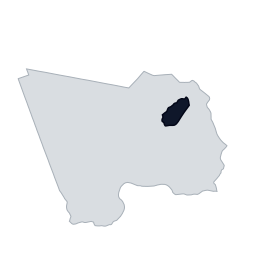 Wadi al Hayaa highlighted on a map of Libya, rotated 161°
{"feature_id": "LBY-5488", "entity_name": "Wadi al Hayaa", "entity_type": "Municipality", "adm_level": 1, "iso_a3": "LBY", "parent_name": "Libya", "parent_adm1": "", "projection": "robinson", "projection_center": [12.828, 26.42], "detail": "fine", "context": "in_parent", "style": "filled", "palette": "ink", "viewbox_px": 256, "rotation_deg": 161, "n_neighbors": 0, "source": "natural_earth", "source_scale": "10m", "svg_char_len": 3500}
<svg xmlns="http://www.w3.org/2000/svg" viewBox="0 0 256 256"><g transform="rotate(161 128 128)"><path d="M42.5,77.5L43.8,76.8L45.7,76.0L46.6,75.4L47.0,74.9L48.5,72.9L49.2,71.8L50.2,70.3L50.6,69.2L50.7,68.2L50.5,67.0L49.8,64.2L49.2,61.4L49.7,60.4L50.1,59.9L50.9,58.6L51.3,58.3L53.1,57.9L53.9,57.0L54.5,56.0L54.6,55.4L55.4,54.8L56.4,54.2L57.0,53.4L59.0,52.2L60.8,51.1L62.8,50.0L64.4,49.1L64.8,48.3L64.8,47.7L63.9,46.1L63.9,44.3L64.0,42.8L64.1,41.9L64.5,39.5L64.5,39.1L66.1,39.9L67.8,40.3L72.9,43.3L74.5,43.7L78.1,44.1L82.3,42.8L83.9,42.6L86.6,43.8L87.8,44.1L89.9,44.2L93.4,45.2L94.3,45.6L96.3,47.3L97.3,47.8L104.5,49.4L105.5,50.4L106.6,52.4L106.6,54.8L107.2,56.6L108.1,58.9L109.2,60.6L110.4,61.9L111.8,62.8L115.0,64.0L118.6,64.5L122.3,64.7L128.5,66.4L133.8,68.4L135.1,69.4L137.8,70.4L143.1,75.0L146.1,76.7L148.2,77.0L150.0,76.7L153.3,75.1L154.6,74.1L157.8,70.0L158.8,67.9L159.2,66.4L159.1,64.9L158.7,63.6L157.7,62.1L157.0,60.2L156.6,56.8L157.0,54.5L157.6,53.1L158.6,51.6L161.3,48.9L163.9,46.9L168.7,44.4L171.5,44.4L172.6,44.1L174.9,42.3L175.8,42.2L177.1,42.7L180.9,42.5L182.6,43.0L184.6,44.2L187.2,44.8L189.0,45.5L190.9,46.4L191.4,48.6L191.2,49.3L191.2,50.2L193.2,51.7L198.8,52.4L199.9,52.8L201.5,54.0L202.5,54.3L206.3,54.5L208.5,54.3L210.7,54.7L211.5,55.1L212.3,56.0L213.4,58.2L213.8,59.0L213.4,59.3L212.8,60.1L212.5,60.8L211.5,61.9L210.7,63.1L210.9,64.9L211.1,66.7L211.8,68.4L212.3,70.4L212.2,71.6L211.9,73.2L211.4,74.5L209.8,77.2L209.6,77.8L209.7,78.7L210.9,81.9L211.0,82.9L211.7,86.0L212.3,88.6L212.9,90.5L213.1,91.1L213.1,94.0L213.2,96.9L213.3,99.8L213.4,102.7L213.5,105.7L213.5,108.6L213.6,111.5L213.7,114.4L213.8,117.3L213.9,120.2L213.9,123.2L214.0,126.1L214.1,129.0L214.2,131.9L214.3,134.8L214.4,137.7L214.4,140.7L214.5,143.6L214.6,146.5L214.6,149.4L214.7,152.3L214.8,155.2L214.8,158.2L214.9,161.1L214.9,164.0L215.0,166.9L215.1,169.8L215.1,172.8L215.2,175.7L215.2,178.6L215.3,181.5L215.3,184.4L215.5,190.9L215.6,197.4L215.7,203.8L215.8,210.3L215.7,210.4L212.9,210.4L210.1,210.4L207.4,210.4L204.6,210.4L204.6,212.0L204.6,213.6L204.7,215.3L204.7,216.9L199.2,213.8L193.8,210.7L188.3,207.7L182.9,204.6L177.5,201.5L172.0,198.4L166.6,195.4L161.2,192.3L155.8,189.2L150.3,186.2L144.9,183.1L139.5,180.0L134.1,176.9L128.7,173.9L123.3,170.8L118.0,167.7L114.2,165.6L110.2,167.7L107.1,169.3L103.0,171.4L98.3,174.2L94.6,176.3L94.3,176.3L90.5,172.6L87.5,169.8L86.2,169.0L80.6,167.6L75.1,166.2L69.3,164.6L68.2,162.4L67.0,159.8L65.4,156.6L64.5,154.6L64.1,154.3L59.7,152.7L55.0,151.2L52.2,152.1L51.7,152.1L50.9,151.5L50.2,150.7L49.7,149.6L48.6,148.1L47.6,144.7L47.6,142.0L47.4,141.1L44.9,137.3L42.7,133.8L41.3,131.5L41.0,130.5L41.2,129.2L41.8,128.1L43.9,126.7L45.9,125.2L46.2,124.2L46.3,121.4L45.7,120.5L45.2,118.8L44.8,116.6L44.7,115.1L45.6,112.2L46.6,109.2L46.0,105.9L45.6,99.2L45.9,93.9L45.7,91.9L45.5,91.1L44.9,88.6L44.1,86.1L43.7,85.2L42.7,83.1L41.0,80.5L40.2,79.0L41.4,78.1L42.5,77.5Z" fill="#d9dde1" stroke="#a8b0b8" stroke-width="1"/><path d="M91.7,117.7L92.2,118.2L92.4,119.6L92.3,121.3L92.8,122.2L93.4,123.0L93.5,123.7L92.9,125.2L91.6,126.4L91.2,127.9L91.2,129.2L88.3,130.3L86.2,130.9L85.4,131.6L84.2,133.1L83.1,134.0L80.4,134.2L78.6,134.9L77.5,135.3L76.6,136.0L75.2,136.2L73.7,135.9L72.6,136.9L71.4,137.9L70.2,138.1L68.1,138.3L67.1,138.0L65.1,136.9L63.0,138.2L62.2,137.1L61.9,135.7L62.1,133.2L62.5,131.2L62.7,129.6L64.2,128.5L66.8,126.7L69.8,124.6L73.1,122.1L76.1,119.7L78.3,117.9L80.9,116.2L82.9,115.6L84.7,115.9L87.7,117.0L91.7,117.7Z" fill="#0f172a" stroke="#020617" stroke-width="1.5"/></g></svg>